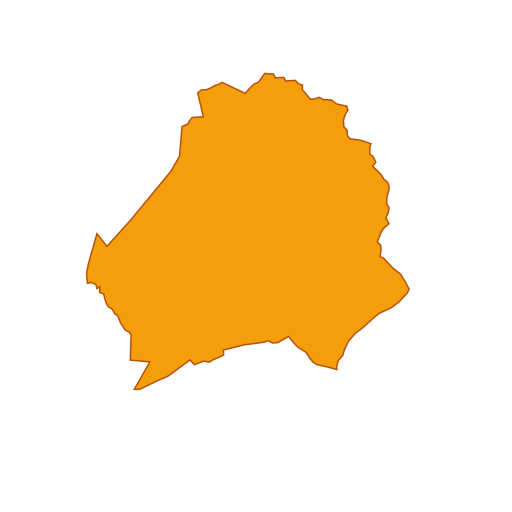 the district of Acari, Rio Grande do Norte, Brazil, rotated 28°
{"feature_id": "56859067B32204928658001", "entity_name": "Acari", "entity_type": "district", "adm_level": 2, "iso_a3": "BRA", "parent_name": "Brazil", "parent_adm1": "Rio Grande do Norte", "projection": "mercator", "projection_center": [-36.64, -6.424], "detail": "fine", "context": "isolated", "style": "filled", "palette": "amber", "viewbox_px": 512, "rotation_deg": 28, "n_neighbors": 0, "source": "geoboundaries", "source_scale": "gbopen_adm2", "svg_char_len": 1851}
<svg xmlns="http://www.w3.org/2000/svg" viewBox="0 0 512 512"><g transform="rotate(28 256 256)"><path d="M294.0,104.7L283.9,108.4L280.0,106.6L277.4,102.2L272.8,100.5L269.5,95.2L268.4,89.2L268.6,83.9L265.8,81.1L255.8,83.9L249.3,82.9L242.1,86.2L237.4,86.2L233.7,90.1L230.3,92.0L221.7,88.5L218.7,87.4L216.7,83.2L213.0,83.9L208.1,82.5L204.1,85.0L200.0,87.6L196.8,85.3L192.8,87.5L189.5,89.7L185.8,87.1L182.5,88.8L178.1,90.6L176.6,101.4L173.5,105.1L171.8,110.4L170.1,117.4L144.4,118.7L142.5,122.0L139.9,124.5L137.5,128.3L134.1,132.6L129.7,135.0L128.0,139.5L144.2,157.8L140.4,160.1L134.5,163.8L133.8,168.1L133.9,171.4L129.9,176.4L141.6,203.7L141.1,220.9L136.2,245.2L128.4,283.2L119.9,317.4L105.1,311.0L111.8,342.1L114.8,351.5L120.0,359.2L123.0,356.7L128.3,356.4L130.8,359.4L132.7,356.4L134.9,361.5L139.4,361.0L142.3,364.5L146.7,368.6L149.7,370.1L154.3,370.5L158.1,373.2L162.3,373.9L167.7,378.6L175.5,382.9L179.4,382.6L182.8,384.4L193.9,406.9L212.0,399.3L211.1,430.9L216.0,428.2L226.9,413.2L234.9,403.1L243.2,385.7L246.5,378.6L252.6,380.9L259.3,373.2L264.4,371.8L267.4,367.0L270.2,363.7L273.9,358.7L271.4,354.3L287.2,340.0L303.5,328.4L306.3,325.1L311.4,325.1L315.8,322.3L322.6,311.7L330.3,315.1L336.3,316.9L345.6,317.6L350.9,320.7L356.2,322.9L360.9,323.3L365.0,322.2L371.2,320.4L380.7,318.3L379.0,315.3L377.8,309.8L379.3,302.8L378.0,297.1L377.7,287.6L380.0,277.7L383.5,270.2L388.8,255.8L391.4,249.3L400.3,237.2L403.9,229.0L406.9,217.7L406.8,213.4L400.4,209.0L392.3,204.2L381.7,202.2L369.7,198.0L365.8,198.4L363.5,191.7L361.0,188.0L356.5,186.5L355.4,177.1L355.4,173.3L356.3,170.0L358.2,165.1L352.7,161.2L352.5,156.0L350.9,150.9L346.7,148.5L343.7,141.8L342.3,135.0L340.2,131.3L337.2,128.9L333.2,128.3L327.4,125.0L316.9,122.0L317.7,116.8L312.1,113.0L308.8,112.8L305.6,106.8L304.8,102.9L294.0,104.7Z" fill="#f59e0b" stroke="#b45309" stroke-width="1.5"/></g></svg>